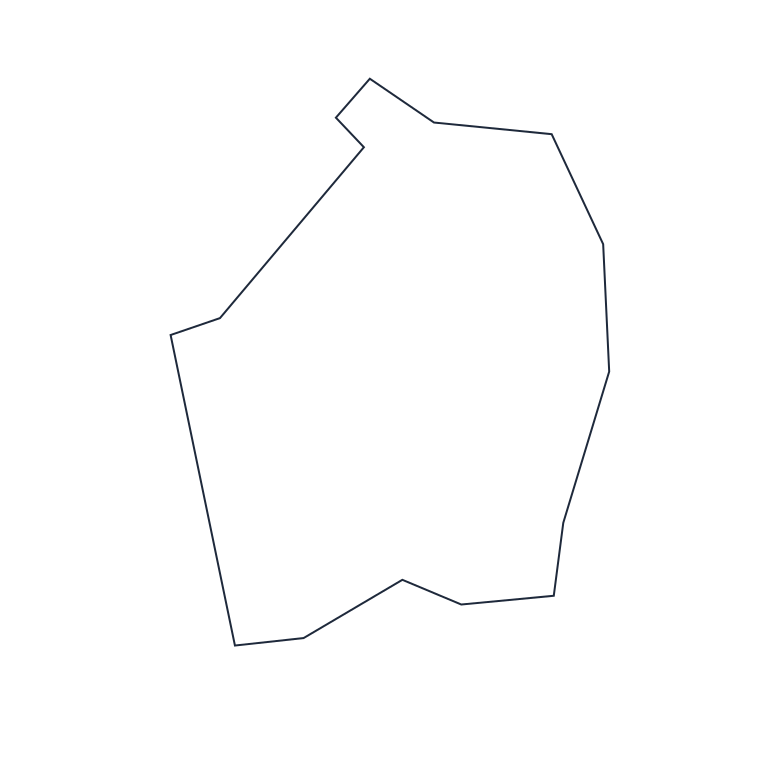 Karshi city, Kashkadarya, Uzbekistan, rotated 15°
{"feature_id": "79887680B88652544593040", "entity_name": "Karshi city", "entity_type": "district", "adm_level": 2, "iso_a3": "UZB", "parent_name": "Uzbekistan", "parent_adm1": "Kashkadarya", "projection": "robinson", "projection_center": [65.821, 38.808], "detail": "fine", "context": "isolated", "style": "outline", "palette": "slate", "viewbox_px": 768, "rotation_deg": 15, "n_neighbors": 0, "source": "geoboundaries", "source_scale": "gbopen_adm2", "svg_char_len": 354}
<svg xmlns="http://www.w3.org/2000/svg" viewBox="0 0 768 768"><g transform="rotate(15 384 384)"><path d="M291.3,92.8L268.6,139.2L303.3,160.5L208.5,362.8L165.2,391.9L307.7,675.2L372.1,650.2L452.4,568.4L515.7,577.0L602.8,544.6L593.1,471.7L598.3,313.7L559.5,192.2L481.3,99.3L364.6,118.5L291.3,92.8Z" fill="none" stroke="#1e293b" stroke-width="2"/></g></svg>